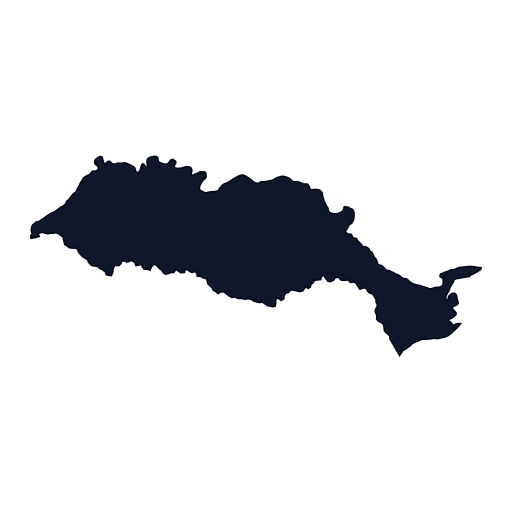 Itapiranga, Amazonas, Brazil
{"feature_id": "56859067B71937040210155", "entity_name": "Itapiranga", "entity_type": "district", "adm_level": 2, "iso_a3": "BRA", "parent_name": "Brazil", "parent_adm1": "Amazonas", "projection": "orthographic", "projection_center": [-58.495, -2.544], "detail": "fine", "context": "isolated", "style": "filled", "palette": "ink", "viewbox_px": 512, "rotation_deg": 0, "n_neighbors": 0, "source": "geoboundaries", "source_scale": "gbopen_adm2", "svg_char_len": 6060}
<svg xmlns="http://www.w3.org/2000/svg" viewBox="0 0 512 512"><path d="M102.1,269.5L105.7,272.2L106.2,274.6L108.9,275.4L111.3,275.6L112.5,273.3L113.4,268.1L114.5,265.5L119.1,265.6L121.0,263.5L122.0,261.1L124.5,260.9L126.6,262.1L129.1,261.6L131.2,260.3L134.9,262.5L135.9,265.6L139.2,265.1L141.7,264.1L142.2,266.6L144.1,269.2L147.9,269.3L150.1,270.3L151.3,267.0L153.9,264.4L156.2,265.0L158.1,267.2L160.0,269.0L162.0,270.3L163.2,272.8L165.8,274.3L171.1,272.6L173.9,272.4L175.9,269.4L180.8,272.8L184.5,272.5L185.0,269.7L187.7,269.8L189.7,271.5L192.2,272.5L194.9,271.6L196.9,273.2L197.2,276.2L200.8,276.4L203.2,278.0L206.6,278.8L207.9,283.8L212.0,287.8L213.1,290.1L216.0,291.7L218.0,293.6L221.0,291.8L224.3,292.1L229.5,296.3L232.3,297.5L234.8,296.9L237.9,298.4L241.5,298.5L244.9,299.2L248.5,298.7L251.1,299.4L253.8,301.1L256.8,302.0L259.5,302.6L262.1,302.1L267.8,305.7L272.8,306.8L275.3,306.1L275.7,303.3L275.6,300.6L276.4,298.0L278.9,298.6L281.2,300.5L283.9,298.7L284.1,295.7L285.8,293.1L288.3,292.6L290.6,290.1L293.6,290.1L299.6,291.6L302.7,290.9L304.3,288.6L306.4,286.5L308.1,288.5L310.4,287.0L310.8,284.4L313.2,282.9L314.2,280.6L317.8,279.9L320.8,279.6L321.1,277.1L323.5,275.1L327.7,281.2L330.3,281.7L333.7,280.2L335.2,277.7L338.3,277.2L341.4,280.3L345.4,280.3L348.3,280.0L350.4,282.5L354.1,282.0L356.0,283.5L358.1,286.4L359.8,289.3L363.9,287.8L366.5,288.8L367.6,291.3L369.4,292.9L372.7,294.0L376.0,299.4L376.0,302.0L377.2,304.2L377.1,306.9L375.7,309.0L375.2,311.7L376.8,315.3L376.6,319.0L378.3,321.2L381.4,322.6L383.6,324.5L384.1,327.3L384.3,330.4L385.6,332.3L388.0,334.2L389.9,336.4L389.9,338.9L399.6,355.6L402.6,350.9L406.0,348.8L410.5,345.6L412.3,343.5L421.8,339.3L428.5,339.1L434.3,338.3L437.2,338.7L444.8,337.0L447.7,335.9L451.4,333.2L457.4,327.5L460.7,323.6L459.2,323.5L456.6,323.8L453.8,325.0L452.4,324.7L452.0,323.7L451.3,322.8L449.9,321.8L449.2,320.7L447.8,320.2L448.9,319.3L451.3,318.4L453.8,316.8L455.9,314.7L456.2,313.5L455.9,312.5L453.0,309.4L452.5,308.5L452.4,306.9L453.7,306.2L455.8,305.4L457.3,304.5L458.2,303.3L458.1,302.0L457.2,299.5L456.6,295.8L455.7,294.0L454.7,293.2L453.5,293.1L451.9,293.6L449.6,295.2L449.0,295.9L448.5,296.9L448.1,299.4L446.9,300.1L446.1,299.6L445.8,298.2L445.9,296.6L446.6,294.7L449.2,290.2L449.8,288.1L450.5,286.6L453.0,282.5L454.1,279.9L454.8,279.2L455.9,278.8L469.6,276.4L471.2,274.7L474.1,273.6L480.0,270.1L480.9,269.0L481.3,267.9L480.0,267.5L477.6,267.4L473.2,266.5L468.6,266.4L458.8,267.6L457.0,268.2L455.0,269.4L451.7,269.9L450.3,269.9L449.1,270.8L444.7,272.3L443.5,273.0L440.8,273.8L440.0,275.2L440.0,276.6L442.8,278.3L443.1,279.2L443.2,283.4L442.9,284.8L442.3,285.7L441.0,286.6L439.4,287.2L436.0,287.4L433.4,288.0L431.1,288.8L429.4,288.7L425.5,287.3L419.5,285.4L414.5,284.4L412.8,283.6L409.9,282.0L407.5,279.5L406.2,278.7L403.9,278.7L401.5,277.3L399.8,275.9L398.4,275.0L395.7,274.0L393.7,272.7L390.9,271.6L389.8,270.8L388.4,270.4L387.1,270.4L385.5,269.6L383.2,266.6L381.4,265.5L379.0,264.9L377.9,264.3L376.6,260.1L375.8,258.8L374.1,257.0L372.3,252.9L371.7,252.1L369.8,251.0L368.7,248.6L366.2,246.9L363.3,246.9L360.0,243.0L357.9,241.0L356.5,238.7L355.1,238.2L353.7,238.0L352.8,237.5L351.8,235.3L351.2,234.3L349.7,234.1L348.7,234.2L346.3,232.9L345.2,231.1L347.0,229.0L348.9,225.3L349.7,224.5L351.7,223.2L353.6,219.9L354.1,215.5L354.0,212.5L353.3,210.4L352.5,209.3L350.1,208.5L348.2,207.1L347.1,207.1L344.8,206.6L343.9,207.3L343.8,208.4L343.4,209.8L342.8,210.8L341.9,211.7L339.8,212.8L336.8,213.7L332.4,213.6L329.8,212.5L328.8,211.4L328.1,210.0L328.1,208.9L327.8,207.8L326.8,206.5L324.1,201.1L322.5,195.5L322.3,193.1L321.6,191.9L320.7,190.9L319.5,190.1L318.1,189.6L315.5,189.4L311.7,189.7L310.3,189.5L309.0,186.2L307.9,184.4L306.9,183.9L304.1,184.1L298.0,181.7L296.4,181.6L294.3,181.9L292.9,181.5L291.7,180.5L290.3,179.0L289.1,178.1L285.3,176.7L283.1,176.3L281.6,176.3L277.0,177.6L272.8,180.0L271.7,180.4L263.5,181.8L261.1,181.6L259.4,182.8L257.6,183.4L256.1,183.1L253.5,182.0L251.2,179.8L248.1,177.6L245.4,176.0L243.5,175.1L242.3,175.0L241.0,175.2L238.3,176.1L233.1,179.0L228.5,182.1L225.9,183.3L223.9,184.0L222.7,185.0L219.4,188.6L219.0,189.7L218.2,190.7L216.0,191.4L209.9,191.9L205.3,192.9L200.1,190.3L199.5,189.1L199.5,187.3L199.9,185.6L202.0,181.6L203.1,180.2L205.1,178.6L206.0,177.4L206.2,175.4L205.6,172.4L204.1,171.9L201.9,171.7L200.1,171.9L192.6,175.2L191.6,174.6L191.1,172.9L192.0,171.0L191.6,168.9L190.8,167.6L189.9,167.2L188.1,166.6L186.3,166.7L180.4,168.2L177.5,168.4L175.4,168.0L174.6,167.2L174.3,166.0L174.7,164.5L175.6,163.6L175.9,162.2L175.4,161.1L173.4,159.5L172.0,159.3L170.7,160.0L169.8,161.6L167.7,163.7L166.2,164.2L164.4,164.1L162.5,163.6L159.1,162.2L158.5,161.3L158.1,160.0L158.0,158.3L157.4,157.1L156.1,156.4L153.8,156.4L150.6,157.1L148.9,157.9L147.9,158.6L147.3,159.5L147.0,160.9L147.0,162.8L147.4,165.6L147.4,166.8L146.4,167.3L145.6,166.9L144.1,164.6L142.7,163.8L141.7,164.8L140.1,170.3L139.5,171.5L138.5,172.1L137.5,172.3L136.3,171.9L135.5,170.8L135.3,169.5L134.7,168.0L133.9,167.1L131.1,165.3L127.8,163.8L125.7,163.0L123.4,162.9L121.1,163.3L118.1,163.1L116.5,163.4L115.3,164.0L114.3,164.2L112.2,163.6L110.0,161.7L108.8,161.1L107.5,161.7L106.1,163.1L105.4,163.6L104.2,163.4L103.5,162.5L102.5,158.0L102.0,156.9L100.5,156.5L99.3,156.9L97.5,157.8L95.8,159.2L95.1,160.1L94.7,161.0L94.6,162.1L94.7,163.2L95.1,164.1L97.3,165.7L98.3,167.1L98.4,168.5L98.1,169.4L97.3,170.2L96.0,170.9L94.0,171.2L92.7,171.1L91.3,172.4L90.5,173.8L88.3,175.2L86.0,176.2L83.6,177.8L80.1,183.5L79.1,185.8L77.2,189.0L76.1,191.7L72.3,194.9L68.8,199.5L66.7,201.2L65.7,203.7L63.6,205.8L60.6,207.3L55.2,211.4L53.1,212.5L50.8,213.4L46.4,216.2L43.8,218.3L41.3,219.7L39.3,221.5L36.3,221.9L32.3,225.4L31.4,228.4L31.3,230.8L32.2,233.6L30.7,235.7L31.0,238.3L36.3,237.4L39.3,236.4L38.1,234.0L40.4,232.6L42.8,232.4L45.1,233.2L47.8,233.8L50.3,233.3L53.2,233.2L56.0,232.8L58.3,233.6L63.2,237.1L63.5,239.6L64.7,244.5L67.1,245.9L69.0,247.5L71.5,248.1L74.4,248.1L76.8,248.4L79.3,253.2L82.9,256.9L87.7,259.7L88.4,262.1L90.1,264.0L92.2,265.7L97.9,266.5L99.6,268.4L102.1,269.5Z" fill="#0f172a" stroke="#020617" stroke-width="1.5"/></svg>